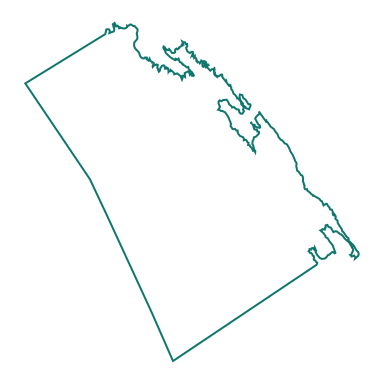 East Kwaio, Malaita, Solomon Islands (Equal Earth projection)
{"feature_id": "97153195B50400826200425", "entity_name": "East Kwaio", "entity_type": "district", "adm_level": 2, "iso_a3": "SLB", "parent_name": "Solomon Islands", "parent_adm1": "Malaita", "projection": "equal_earth", "projection_center": [161.056, -8.944], "detail": "fine", "context": "isolated", "style": "outline", "palette": "teal", "viewbox_px": 384, "rotation_deg": 0, "n_neighbors": 0, "source": "geoboundaries", "source_scale": "gbopen_adm2", "svg_char_len": 5880}
<svg xmlns="http://www.w3.org/2000/svg" viewBox="0 0 384 384"><path d="M25.3,83.4L89.9,179.2L107.1,215.7L152.0,313.1L173.0,361.0L316.7,264.7L317.2,262.6L316.3,262.1L315.4,260.6L314.0,259.9L313.7,258.8L314.1,257.6L313.8,256.1L312.6,255.6L312.4,254.3L311.3,253.1L310.4,253.2L310.2,253.7L310.1,252.7L308.6,251.2L309.6,250.1L309.6,249.1L311.2,249.5L311.6,248.3L313.2,248.0L313.5,248.9L314.7,250.1L314.9,248.0L316.1,250.7L315.7,252.2L317.0,254.6L319.7,257.9L321.8,258.9L324.5,258.6L325.7,258.0L328.3,254.8L329.3,254.7L332.0,252.1L333.0,252.1L334.6,253.3L335.4,252.8L332.6,245.2L329.5,241.4L327.7,238.3L325.6,237.1L325.5,236.0L323.6,233.3L320.5,230.5L321.9,230.1L321.8,229.6L322.7,229.1L324.8,229.6L325.1,227.7L325.6,227.6L325.7,225.3L327.4,224.9L328.3,226.7L330.9,227.7L333.4,232.1L335.3,231.3L336.8,231.4L340.2,234.2L341.2,234.4L343.0,236.1L344.7,238.6L349.2,242.5L351.6,246.6L352.2,246.8L352.0,247.6L352.9,248.6L353.2,250.2L351.2,254.8L350.3,255.0L351.6,256.5L354.2,255.6L355.3,257.3L355.0,258.7L358.2,255.9L358.7,254.1L358.2,252.1L356.4,250.3L353.6,245.4L348.7,240.7L348.3,239.6L348.7,239.1L348.2,238.0L346.6,236.8L343.4,232.0L342.3,231.4L341.9,229.5L337.8,223.2L337.5,220.7L335.3,218.7L335.8,216.8L335.4,215.6L334.4,214.3L334.1,215.5L333.2,215.1L332.7,213.6L332.8,211.7L331.8,209.6L330.1,209.5L329.3,207.1L328.3,206.4L326.8,203.8L325.7,203.9L323.6,205.4L321.9,201.2L320.8,200.8L319.3,198.8L313.9,195.8L313.2,195.9L312.8,194.9L311.6,194.4L309.9,192.5L307.6,190.9L307.0,189.2L306.4,189.5L305.1,189.1L304.3,187.7L304.6,185.5L303.9,184.6L303.8,183.1L302.9,181.6L303.1,178.7L302.7,176.4L302.1,175.4L301.0,175.1L298.5,171.5L297.2,170.8L296.2,165.7L296.6,164.2L296.3,162.5L295.5,161.6L292.7,154.8L290.6,151.8L289.6,149.1L287.2,144.7L286.3,143.9L284.7,143.4L282.4,140.5L280.7,139.7L278.5,137.0L277.5,134.2L274.8,130.8L274.2,129.3L270.5,126.5L267.4,121.8L266.2,121.9L265.8,121.1L266.3,120.7L266.2,120.2L265.2,120.4L258.9,111.5L259.6,114.0L258.0,114.9L255.6,117.5L255.2,118.7L258.2,124.3L259.8,125.4L260.2,127.3L259.7,127.8L258.9,127.3L257.9,127.7L256.5,126.9L255.2,126.8L254.6,124.8L252.9,124.8L254.3,129.2L255.4,129.7L256.2,129.4L256.9,129.8L257.3,131.5L258.7,131.6L259.1,132.2L258.7,133.9L256.0,136.6L254.1,137.2L253.2,140.2L252.6,141.1L252.4,144.3L253.1,145.2L254.2,149.6L255.3,151.0L255.2,152.2L254.1,150.4L253.0,150.8L252.1,148.4L250.2,146.5L249.6,145.2L248.1,145.0L248.6,142.9L247.6,142.4L246.4,140.3L245.2,139.7L243.8,140.3L243.8,138.5L243.1,137.2L240.1,136.0L238.6,134.3L237.6,132.4L237.6,130.5L236.3,130.4L234.9,128.8L232.9,129.2L232.3,128.6L230.7,126.2L230.6,125.0L231.1,124.0L228.4,117.2L225.3,112.5L222.2,110.8L220.9,111.0L219.6,110.0L218.2,109.8L220.0,106.9L218.5,103.3L218.7,101.4L219.5,100.4L221.4,101.2L222.9,100.1L226.7,99.7L228.2,101.9L229.2,104.4L231.6,106.3L232.1,107.5L234.0,107.1L236.7,109.4L238.6,109.5L239.3,110.8L239.1,111.9L240.5,113.6L242.4,113.7L244.0,111.1L243.0,109.6L243.8,107.6L242.6,105.6L241.4,104.6L240.8,101.5L238.2,98.5L237.1,98.4L237.1,97.6L235.2,94.9L233.6,93.8L232.3,90.2L231.3,89.4L231.3,87.4L230.6,86.6L230.4,85.1L229.8,84.9L229.4,85.9L229.0,85.8L226.0,81.6L226.4,81.1L226.1,80.4L225.6,81.2L223.0,78.0L222.1,76.5L222.4,75.5L222.0,74.6L221.2,74.5L218.6,76.4L216.8,75.7L216.8,76.7L215.1,75.3L215.0,73.8L214.5,74.5L214.3,74.2L213.9,70.7L214.7,69.9L214.3,68.2L213.1,69.2L212.1,69.1L210.3,70.7L207.3,67.5L206.2,66.7L206.0,67.0L204.7,65.2L203.5,66.8L202.8,66.6L202.2,64.2L202.6,63.3L204.3,63.4L205.0,65.3L205.4,63.2L206.0,62.4L205.7,61.8L204.1,61.1L203.1,61.6L201.3,60.5L200.6,62.5L199.7,63.4L199.0,62.2L197.2,61.3L197.1,61.8L196.6,61.2L196.7,60.6L196.3,60.6L196.3,58.4L194.9,57.7L194.8,56.6L194.2,57.6L193.9,55.7L193.6,55.2L193.7,56.7L192.9,56.4L193.1,54.8L192.0,55.7L192.9,53.4L192.8,51.9L191.6,51.8L190.0,53.1L187.5,51.5L186.3,48.8L186.2,47.5L187.2,46.5L187.1,44.0L185.9,44.1L184.9,42.2L183.7,42.5L182.4,41.6L183.1,43.5L182.8,44.3L182.2,44.1L181.6,45.2L181.6,45.7L182.1,45.7L179.0,47.5L179.2,48.0L178.5,48.7L177.3,49.3L176.6,48.6L175.2,49.5L175.1,52.3L173.7,53.1L171.9,52.8L169.1,49.0L168.4,50.0L167.4,50.0L166.5,49.3L165.9,49.5L164.8,47.4L164.1,47.5L164.0,46.7L163.6,46.5L163.3,47.4L164.0,49.4L165.1,50.0L164.9,50.7L165.5,51.1L165.5,52.2L166.1,53.3L170.6,57.5L175.1,60.2L175.5,60.1L175.7,58.8L177.3,59.6L178.5,58.6L179.7,62.0L181.6,62.7L182.1,63.9L183.0,64.2L183.3,65.1L184.4,65.3L186.7,67.3L188.3,67.0L188.6,68.8L191.6,72.2L192.2,72.3L194.2,76.3L193.1,75.5L192.1,75.8L191.1,73.7L190.5,73.6L189.9,74.7L189.0,71.9L188.3,71.3L184.7,73.1L185.0,77.0L183.0,75.6L182.5,75.8L182.5,78.3L182.0,79.6L180.7,76.1L177.1,73.4L174.3,74.3L174.1,73.1L171.9,70.9L171.3,71.0L170.6,70.0L169.8,71.3L169.1,71.0L168.5,71.9L168.3,68.6L167.3,67.9L166.6,69.5L166.7,68.2L166.2,67.6L165.5,68.7L164.9,68.7L164.5,66.0L163.7,65.3L161.9,65.8L160.3,68.5L159.9,70.7L158.9,71.7L158.1,69.9L158.1,68.8L157.3,67.9L157.7,65.0L157.0,65.1L156.6,64.4L154.9,65.1L154.4,64.8L152.8,66.9L152.6,66.1L153.8,63.7L153.6,62.8L152.1,62.6L152.1,61.8L150.5,61.0L149.7,59.0L149.2,60.6L148.9,60.8L146.6,59.2L146.6,58.6L147.3,58.1L146.8,57.5L144.8,57.5L144.2,58.4L143.2,58.5L140.9,57.3L140.0,55.7L139.0,52.6L135.2,48.5L134.1,46.0L134.3,42.4L137.3,39.0L137.4,36.3L136.7,33.5L137.5,31.3L137.5,29.2L134.4,25.9L133.2,26.0L131.1,24.5L130.2,24.5L128.1,25.9L127.0,25.6L127.0,27.2L125.6,28.3L123.2,28.5L120.1,27.4L120.3,28.0L119.1,28.3L118.3,26.4L117.6,25.7L116.5,26.3L114.5,23.0L112.8,24.3L113.2,25.1L114.2,25.0L114.5,26.7L113.5,26.8L114.4,29.4L113.8,31.4L109.4,33.0L109.9,31.1L109.0,29.3L106.4,29.3L105.3,34.1L25.3,83.4ZM250.5,105.0L249.8,104.1L248.5,104.3L245.5,99.6L243.3,98.2L242.3,95.1L239.9,94.5L239.6,96.4L240.0,99.2L241.2,101.5L242.8,103.3L243.0,105.2L245.5,107.0L245.7,108.0L249.0,109.3L250.5,105.8L250.5,105.0ZM208.5,65.2L207.9,64.3L206.3,64.3L205.8,64.8L205.5,66.1L206.7,66.1L208.5,65.2ZM251.7,123.6L251.6,123.0L250.9,121.9L251.1,123.1L251.7,123.6Z" fill="none" stroke="#0f766e" stroke-width="2"/></svg>